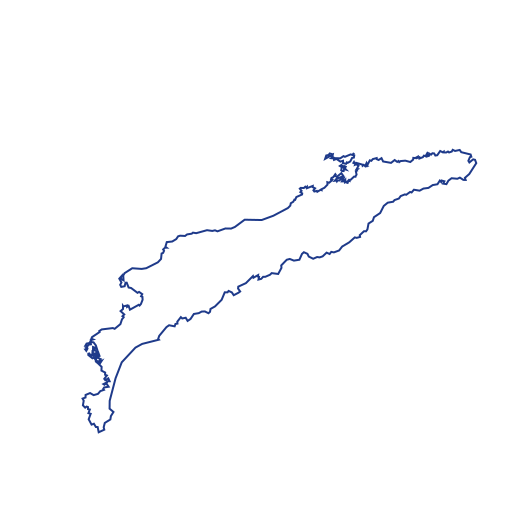 the district of Halmahera Barat, Maluku Utara, Indonesia, rotated 53°
{"feature_id": "22746128B52341022582766", "entity_name": "Halmahera Barat", "entity_type": "district", "adm_level": 2, "iso_a3": "IDN", "parent_name": "Indonesia", "parent_adm1": "Maluku Utara", "projection": "natural_earth1", "projection_center": [127.539, 1.359], "detail": "fine", "context": "isolated", "style": "outline", "palette": "blue", "viewbox_px": 512, "rotation_deg": 53, "n_neighbors": 0, "source": "geoboundaries", "source_scale": "gbopen_adm2", "svg_char_len": 6091}
<svg xmlns="http://www.w3.org/2000/svg" viewBox="0 0 512 512"><g transform="rotate(53 256 256)"><path d="M294.8,463.7L289.8,464.8L283.6,460.0L269.1,441.7L260.1,427.2L256.6,407.4L257.7,399.8L264.4,383.9L263.3,384.0L261.5,381.3L258.9,370.3L259.0,367.1L263.2,363.3L261.8,361.2L262.7,359.4L261.1,358.4L259.6,352.8L261.5,352.5L263.0,349.3L266.7,349.7L266.9,346.2L264.9,340.5L267.2,336.1L267.7,332.8L269.5,330.2L273.1,328.4L272.9,326.3L270.9,324.2L271.6,319.1L270.3,309.8L266.2,302.8L267.9,300.6L267.4,298.9L270.5,297.2L273.9,297.4L274.8,292.0L274.8,290.0L271.2,289.9L269.8,288.6L271.6,280.4L270.2,270.5L271.8,271.1L272.5,265.8L273.6,266.8L274.5,266.1L276.3,268.2L277.4,265.6L276.9,262.8L278.2,261.1L279.4,256.1L279.1,253.8L283.7,249.1L280.8,242.8L278.7,241.5L277.5,233.7L278.7,230.8L282.5,228.5L285.1,223.6L282.0,218.0L281.8,215.5L285.2,213.6L288.2,214.2L292.6,212.0L293.6,207.8L295.4,206.0L296.4,203.0L295.8,197.6L298.7,196.0L298.0,193.4L300.0,191.6L301.6,186.3L300.3,181.5L301.2,173.3L300.6,165.9L302.1,164.7L303.4,161.4L301.8,160.6L301.2,154.8L302.5,153.3L301.8,151.0L297.8,146.6L298.2,141.6L296.0,138.4L296.4,131.0L292.9,123.8L292.7,118.7L295.2,113.8L294.7,111.7L296.1,107.3L295.2,104.4L296.4,100.0L297.5,99.2L297.6,94.4L298.9,93.5L298.1,90.0L302.3,86.0L302.9,81.7L305.4,77.3L305.7,72.2L307.9,67.9L306.4,63.8L308.4,63.6L307.5,62.3L309.7,60.6L310.8,63.0L313.2,60.7L311.6,57.0L311.6,53.0L315.5,48.7L316.1,46.0L320.0,44.6L321.4,42.8L319.3,42.1L318.9,36.4L314.4,24.2L311.0,23.2L309.5,24.4L309.7,29.3L307.8,29.1L305.8,25.7L306.3,24.3L304.1,23.5L296.6,29.6L293.9,29.5L291.9,33.8L289.6,35.0L290.4,36.8L289.5,39.5L288.1,39.8L287.8,41.8L286.2,43.8L285.6,43.3L285.5,44.5L283.0,45.7L284.6,50.6L283.7,52.3L281.3,52.0L280.1,53.3L280.4,55.2L278.9,55.8L280.1,57.6L279.4,59.5L276.4,56.1L278.3,60.5L276.9,61.5L277.5,63.3L276.5,66.8L275.4,66.1L274.7,68.2L274.0,67.3L273.6,69.9L272.3,71.3L273.6,72.5L273.8,76.2L269.7,79.4L267.2,83.4L267.2,85.1L265.9,85.0L265.8,86.6L262.8,87.5L262.9,92.1L257.0,97.6L253.4,96.9L253.1,100.3L251.3,101.3L250.4,100.7L248.9,104.4L249.4,106.6L248.1,107.5L250.4,112.4L248.3,111.8L249.3,113.7L251.0,113.1L250.4,114.7L248.1,115.1L248.1,116.5L247.1,116.0L241.8,120.0L242.8,121.8L243.1,120.7L245.6,119.8L247.0,122.9L247.7,122.4L247.5,123.9L248.6,124.0L248.3,125.2L251.5,126.7L252.3,128.7L253.1,128.2L251.6,129.9L252.1,134.6L251.3,135.7L252.4,136.2L251.5,137.0L253.2,139.5L251.3,138.5L250.8,140.6L248.8,138.9L249.0,141.3L248.1,142.5L246.6,139.2L245.6,141.5L245.9,144.0L244.7,145.3L245.1,146.5L244.2,146.3L243.3,147.8L242.5,144.0L243.5,143.0L244.8,138.1L241.2,138.0L241.4,143.5L239.5,145.0L239.0,143.4L238.4,143.4L239.5,146.7L239.1,148.8L240.0,150.0L241.0,149.1L241.3,149.9L241.5,153.5L240.0,154.6L242.0,155.9L242.7,160.3L242.1,163.5L242.9,164.0L242.0,164.6L241.6,168.4L240.6,168.2L239.6,170.6L238.1,170.6L237.5,168.1L235.1,169.3L234.2,168.5L232.5,174.5L231.4,173.7L231.5,174.7L230.3,174.9L230.5,176.9L228.5,179.3L228.6,180.5L231.4,180.4L231.7,182.1L233.8,181.4L234.6,182.2L233.2,188.3L234.7,190.9L234.1,191.4L235.1,193.6L234.8,196.5L236.4,198.3L236.9,201.6L234.3,217.9L230.7,229.8L220.2,243.2L220.1,255.4L219.1,259.4L215.6,263.9L213.1,271.9L210.8,273.3L209.7,275.8L205.9,279.6L201.8,290.0L199.4,292.3L199.5,293.9L197.3,298.0L197.3,300.6L194.1,304.4L193.4,306.4L194.5,309.5L194.0,314.2L191.2,318.9L194.1,322.8L195.5,322.4L194.6,323.6L194.9,326.2L196.5,326.3L197.6,328.3L197.2,329.9L201.2,333.6L202.0,338.2L199.7,351.0L197.5,355.1L191.3,362.2L190.6,371.3L191.7,373.8L195.7,376.4L192.9,377.7L191.2,375.8L191.8,378.8L196.2,379.4L197.3,381.8L199.6,382.2L201.1,379.1L198.8,376.3L199.5,375.3L204.5,376.7L206.4,375.0L214.1,372.8L214.3,371.0L218.0,369.8L219.0,372.0L220.3,371.3L222.7,372.9L225.1,376.8L225.5,378.8L224.4,379.0L223.0,389.0L219.4,387.8L219.1,389.5L218.0,388.5L216.5,392.2L215.7,392.2L218.3,394.1L218.5,397.3L223.4,396.4L223.7,398.7L224.4,398.3L225.3,398.5L225.9,401.1L228.8,405.3L229.1,412.7L227.4,413.7L221.8,423.4L221.6,426.3L222.6,426.6L222.1,435.8L223.0,437.3L224.6,436.3L223.8,438.6L225.6,439.3L227.2,437.7L231.0,437.7L234.7,439.0L232.8,440.0L233.6,442.1L237.4,439.8L240.3,440.7L237.3,441.9L238.3,443.4L237.2,443.4L237.6,444.4L235.2,444.4L235.8,445.9L236.7,444.8L236.9,446.4L237.4,445.3L238.0,446.0L235.2,447.9L233.5,447.8L233.1,448.7L234.1,449.5L239.3,448.2L240.1,445.6L239.4,443.1L241.1,440.8L240.8,442.7L241.7,442.1L242.0,443.7L244.9,442.1L245.7,445.4L243.6,446.4L244.0,447.4L246.1,446.9L246.9,442.5L247.9,445.3L247.0,445.1L247.1,446.7L251.6,446.0L254.5,448.4L258.3,446.6L260.0,448.0L261.7,447.0L262.8,451.1L264.5,451.1L264.8,447.6L267.9,448.3L266.5,450.3L267.2,451.0L266.5,454.9L267.6,454.5L267.4,453.2L268.5,452.2L271.7,452.4L269.6,456.4L270.2,458.0L271.4,458.0L270.2,461.6L271.0,465.2L269.4,469.4L265.6,471.0L264.4,475.7L266.4,477.3L265.5,480.3L267.9,480.7L271.1,484.1L274.3,483.7L274.3,481.9L275.5,481.1L277.2,482.3L278.6,481.1L280.7,484.4L282.5,483.0L285.7,487.9L291.7,488.8L292.4,486.4L296.2,486.8L297.3,485.4L302.1,487.7L303.4,481.7L301.1,480.7L298.3,477.2L298.9,470.7L296.5,468.2L294.8,463.7ZM233.9,117.7L232.7,115.8L233.3,118.2L231.8,119.3L230.3,125.3L228.9,126.0L228.7,129.9L225.1,134.4L223.4,135.0L223.3,136.9L225.0,135.1L226.2,135.8L226.9,133.3L231.4,131.8L232.3,129.2L234.2,130.6L236.6,128.6L235.9,127.1L236.8,126.7L237.2,123.8L235.5,120.2L236.3,118.6L234.8,117.0L233.9,117.7ZM222.9,135.5L221.1,133.5L220.8,134.9L220.1,134.2L218.5,135.4L219.0,137.2L218.0,139.4L220.0,142.3L220.8,136.5L222.9,135.5ZM238.7,130.6L237.6,131.1L237.7,132.7L236.4,132.4L235.5,133.9L234.7,133.1L234.6,134.8L236.7,134.0L238.9,136.4L240.1,136.0L240.9,134.9L239.6,133.3L241.2,132.1L239.4,132.3L238.7,130.6ZM227.2,441.0L224.5,439.5L225.3,441.3L224.0,444.0L225.0,446.4L226.4,444.8L226.2,442.8L227.2,441.0ZM240.7,443.7L239.7,443.8L240.6,446.4L242.9,446.8L240.7,443.7ZM233.0,441.6L232.3,439.8L230.6,440.9L232.3,442.2L233.0,441.6ZM228.0,448.6L229.6,448.6L228.9,447.1L228.0,448.6ZM227.1,446.9L228.0,446.6L227.3,445.7L227.1,446.9ZM241.5,121.6L239.9,121.2L240.3,122.2L241.5,121.6ZM233.9,444.1L233.9,442.9L233.5,442.5L233.3,443.6L233.9,444.1Z" fill="none" stroke="#1e3a8a" stroke-width="2"/></g></svg>